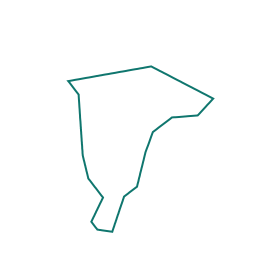 Texel, Netherlands, rotated 323°
{"feature_id": "6326949B53858734726992", "entity_name": "Texel", "entity_type": "district", "adm_level": 2, "iso_a3": "NLD", "parent_name": "Netherlands", "parent_adm1": "", "projection": "mercator", "projection_center": [4.818, 53.078], "detail": "fine", "context": "isolated", "style": "outline", "palette": "teal", "viewbox_px": 256, "rotation_deg": 323, "n_neighbors": 0, "source": "geoboundaries", "source_scale": "gbopen_adm2", "svg_char_len": 3613}
<svg xmlns="http://www.w3.org/2000/svg" viewBox="0 0 256 256"><g transform="rotate(323 128 128)"><path d="M198.1,123.0L197.4,121.6L196.3,119.4L195.2,117.1L194.1,114.8L193.0,112.4L191.6,109.4L190.4,106.9L190.1,106.4L188.9,103.8L188.2,102.4L187.7,101.5L187.5,101.0L186.2,98.2L185.0,95.8L183.6,92.8L180.7,91.3L177.9,89.9L175.8,88.9L173.6,87.7L171.3,86.6L169.1,85.4L166.6,84.1L164.6,83.1L162.4,82.0L160.5,81.1L158.0,79.8L155.8,78.6L153.4,77.4L151.3,76.4L149.0,75.2L147.1,74.2L144.8,73.1L142.8,72.0L140.7,70.9L138.6,69.9L136.7,68.9L135.2,68.2L134.8,67.9L131.9,66.5L128.3,64.7L127.3,64.2L124.9,62.9L121.7,61.3L118.1,59.5L114.7,57.7L112.4,56.6L110.2,55.5L108.5,54.6L108.6,56.5L108.6,58.5L108.6,61.1L108.6,63.8L108.6,66.2L108.7,71.6L107.4,73.5L105.9,75.8L104.6,77.8L103.3,79.8L101.9,81.9L100.5,84.1L98.5,87.1L97.3,89.0L96.1,90.7L94.9,92.6L93.6,94.7L93.1,95.4L92.6,96.2L92.0,97.1L91.3,98.1L90.8,99.0L90.1,99.9L89.5,101.0L88.8,101.9L88.3,102.8L87.7,103.7L87.2,104.4L86.7,105.2L86.2,106.0L85.8,106.6L85.3,107.3L84.9,108.0L84.3,108.9L83.7,109.8L83.2,110.5L82.7,111.4L82.1,112.3L81.5,113.1L81.3,113.6L81.0,114.0L80.5,114.8L79.9,115.7L79.3,116.5L78.8,117.3L78.4,118.0L77.9,118.8L77.3,119.7L76.7,120.5L76.2,121.3L75.8,122.0L75.4,122.6L74.5,124.6L74.0,125.8L73.5,126.8L73.1,127.9L72.5,129.3L72.0,130.4L71.4,131.7L71.1,132.6L70.6,133.6L70.1,134.8L69.5,136.2L69.0,137.2L68.6,138.3L68.2,139.2L67.7,140.4L67.3,141.3L66.9,142.2L66.4,143.4L65.9,144.4L65.9,145.5L66.0,146.8L66.0,147.9L66.0,149.2L66.0,150.4L66.0,151.7L66.0,152.8L66.0,154.0L66.0,155.3L66.1,156.5L66.1,157.7L66.1,158.8L66.1,160.1L66.1,161.2L66.1,162.5L66.1,163.6L66.1,164.8L66.1,166.1L66.2,167.4L66.2,168.5L65.3,169.0L64.2,169.5L63.3,170.0L62.4,170.5L61.5,170.9L60.5,171.4L59.5,171.9L58.6,172.4L57.6,172.9L56.7,173.4L55.8,173.8L54.9,174.3L54.0,174.8L53.1,175.2L52.1,175.7L51.1,176.3L50.2,176.7L49.3,177.2L48.4,177.7L47.6,178.1L46.7,178.5L45.8,179.0L44.8,179.5L43.5,180.2L42.3,180.8L42.3,181.9L42.3,183.2L42.3,184.4L42.3,185.6L42.3,186.8L42.3,188.0L42.4,189.2L42.4,190.7L43.3,191.6L44.0,192.4L44.8,193.1L45.4,193.8L46.1,194.5L46.8,195.2L47.4,195.8L48.1,196.5L48.8,197.2L49.5,197.9L50.2,198.6L50.9,199.3L51.6,200.0L52.3,200.7L53.0,201.4L54.1,200.6L55.3,199.8L56.6,198.9L57.7,198.2L58.8,197.4L60.0,196.5L61.2,195.8L62.4,194.9L63.8,194.0L65.0,193.1L66.2,192.3L67.6,191.3L68.8,190.6L70.1,189.6L71.2,188.9L72.4,188.0L73.6,187.2L75.1,186.2L76.4,185.3L77.5,184.6L78.8,183.7L79.9,183.0L80.9,182.2L81.9,181.6L83.0,180.8L83.6,180.4L84.1,180.4L85.8,180.4L87.4,180.4L88.8,180.4L90.2,180.3L91.7,180.3L92.3,180.3L93.2,180.3L94.5,180.3L95.7,180.3L97.2,180.3L98.9,180.3L99.9,180.3L100.0,180.2L101.3,179.1L102.4,178.2L103.6,177.3L104.6,176.5L105.6,175.6L106.8,174.6L107.9,173.8L109.0,172.9L110.1,171.9L111.6,170.7L112.9,169.7L114.2,168.6L114.8,168.1L115.5,167.6L116.6,166.7L117.7,165.8L118.9,164.8L119.9,164.0L120.0,163.9L121.2,163.0L122.2,162.1L123.2,161.3L124.3,160.4L125.4,159.5L126.4,158.7L127.2,158.0L129.0,156.8L129.8,156.3L131.2,155.4L133.8,153.8L136.1,152.3L138.2,150.9L140.9,149.1L142.9,147.8L145.4,146.2L147.6,146.2L150.1,146.2L152.4,146.1L154.9,146.1L157.4,146.1L159.8,146.1L162.2,146.1L164.5,146.1L167.0,146.1L169.4,146.0L171.5,147.3L171.8,147.6L173.8,148.9L176.3,150.5L178.7,152.0L181.1,153.5L183.4,154.9L186.0,156.6L188.2,158.0L191.2,159.9L193.2,159.6L195.8,159.1L198.0,158.7L200.7,158.2L202.9,157.8L205.2,157.3L207.9,156.9L210.5,156.4L213.7,155.8L212.5,153.2L211.4,150.9L210.1,148.1L209.0,145.9L207.9,143.6L206.8,141.2L205.7,138.9L204.5,136.5L203.3,133.9L202.1,131.5L201.0,129.2L199.8,126.7L198.5,124.0L198.1,123.0Z" fill="none" stroke="#0f766e" stroke-width="2"/></g></svg>